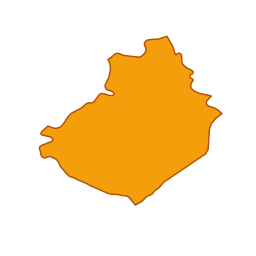 an SVG outline of Suceava, rotated 152°
{"feature_id": "ROU-311", "entity_name": "Suceava", "entity_type": "County", "adm_level": 1, "iso_a3": "ROU", "parent_name": "Romania", "parent_adm1": "", "projection": "albers", "projection_center": [25.683, 47.513], "detail": "fine", "context": "isolated", "style": "filled", "palette": "amber", "viewbox_px": 256, "rotation_deg": 152, "n_neighbors": 0, "source": "natural_earth", "source_scale": "10m", "svg_char_len": 2144}
<svg xmlns="http://www.w3.org/2000/svg" viewBox="0 0 256 256"><g transform="rotate(152 128 128)"><path d="M143.7,58.7L150.2,56.7L157.7,56.6L159.5,65.9L160.3,67.6L161.8,69.2L164.6,70.9L168.7,74.4L174.0,77.4L176.5,79.8L188.3,94.7L190.3,98.0L197.2,106.5L198.5,108.7L201.8,112.1L202.9,113.9L203.9,117.2L205.6,125.2L205.7,127.1L205.5,129.4L205.5,131.1L205.8,132.9L206.3,134.4L208.9,138.0L210.4,139.3L211.5,140.1L215.8,140.6L217.4,142.7L217.6,144.1L217.3,145.8L216.3,148.6L216.1,150.5L215.7,151.9L214.8,152.7L212.6,153.2L201.7,152.0L200.0,152.5L199.6,153.9L200.7,156.5L207.2,162.3L207.7,163.4L206.9,164.6L205.8,165.4L197.8,167.3L194.1,163.2L192.6,162.0L190.8,161.2L188.8,160.8L186.7,160.8L184.3,161.4L174.6,166.6L170.9,167.6L159.2,167.6L153.8,169.0L151.8,168.9L150.1,168.4L148.8,167.5L147.3,167.0L145.8,167.1L138.2,170.7L136.4,171.1L135.0,170.9L133.7,169.9L129.0,165.5L127.6,164.6L126.3,164.0L125.2,164.1L124.3,164.6L123.9,165.5L124.2,166.5L126.0,169.1L128.1,171.1L128.9,172.2L129.1,173.5L128.9,174.9L128.2,176.4L126.4,178.0L122.3,180.7L120.7,182.2L116.1,187.8L114.8,190.4L113.6,194.4L113.5,197.8L108.0,198.6L106.5,199.1L104.3,199.4L102.7,199.1L101.0,198.0L99.8,196.6L98.8,195.2L97.6,194.0L85.9,185.9L84.2,185.2L82.4,185.1L79.8,185.6L77.7,186.5L76.0,187.7L74.9,189.4L74.7,190.8L74.6,192.3L74.5,193.5L73.9,194.8L72.9,195.7L71.6,196.3L70.0,196.4L68.7,196.3L64.8,194.8L60.0,192.4L50.6,190.6L50.2,179.9L50.8,175.3L51.2,173.7L51.6,171.4L51.4,170.5L50.9,170.1L50.1,170.4L49.0,170.4L47.7,170.0L46.6,168.5L46.7,166.9L47.5,164.9L48.9,162.5L49.7,159.8L49.7,158.1L49.2,156.6L48.0,153.8L47.2,152.5L45.2,149.8L44.3,148.2L44.1,147.1L44.6,146.2L45.3,145.6L46.3,145.5L47.1,145.5L47.8,145.7L48.5,145.6L49.0,145.1L49.3,143.7L49.1,142.8L48.7,141.8L48.1,141.2L47.8,140.4L48.0,139.7L48.8,139.0L50.1,138.4L51.5,137.5L52.6,136.2L53.4,134.2L53.2,132.4L52.7,130.7L51.5,128.5L48.8,125.2L40.7,118.4L39.6,117.1L45.8,114.9L46.7,114.0L47.5,112.5L47.3,110.9L46.5,109.5L42.1,104.8L39.6,100.8L38.4,96.6L46.1,95.3L52.6,92.6L56.9,88.4L67.0,71.9L71.4,68.8L121.8,63.4L128.6,60.7L134.0,60.0L137.1,58.6L138.8,58.3L143.7,58.7Z" fill="#f59e0b" stroke="#b45309" stroke-width="1.5"/></g></svg>